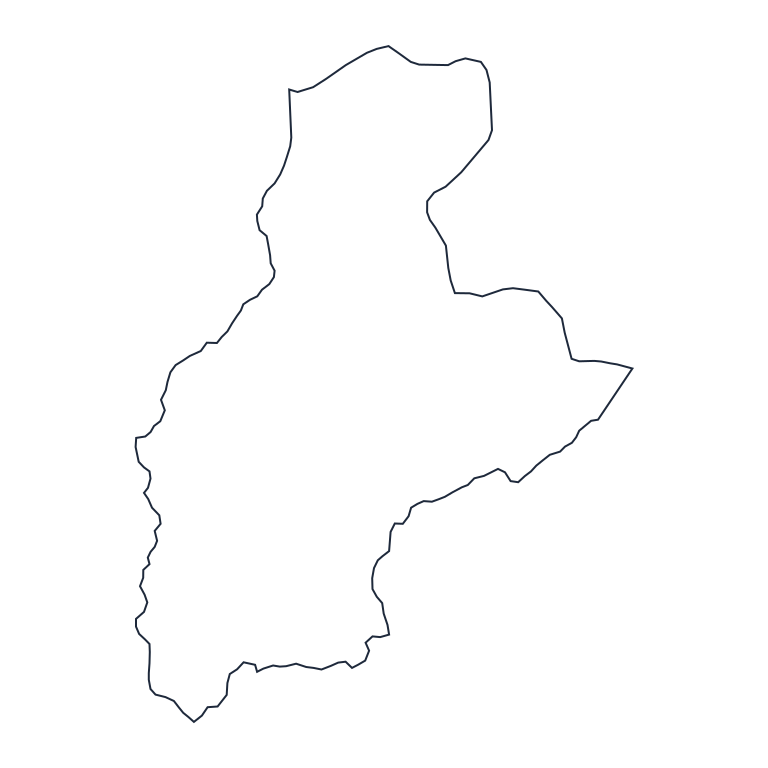 outline of Moreilândia, Pernambuco, Brazil
{"feature_id": "56859067B7731358809520", "entity_name": "Moreilândia", "entity_type": "district", "adm_level": 2, "iso_a3": "BRA", "parent_name": "Brazil", "parent_adm1": "Pernambuco", "projection": "mercator", "projection_center": [-39.529, -7.615], "detail": "fine", "context": "isolated", "style": "outline", "palette": "slate", "viewbox_px": 768, "rotation_deg": 0, "n_neighbors": 0, "source": "geoboundaries", "source_scale": "gbopen_adm2", "svg_char_len": 2570}
<svg xmlns="http://www.w3.org/2000/svg" viewBox="0 0 768 768"><path d="M513.0,288.2L502.9,289.4L482.3,296.4L469.6,293.3L454.9,293.1L450.7,280.5L448.3,268.0L445.9,245.6L435.4,227.7L429.9,219.9L427.1,212.3L427.2,201.3L434.1,192.6L445.6,186.7L461.2,172.3L488.5,140.0L492.0,130.2L489.7,82.5L486.5,70.0L480.9,61.9L465.4,58.4L455.6,61.2L448.0,65.1L419.2,64.6L410.8,61.9L397.7,52.5L388.5,46.1L376.7,48.9L366.9,52.8L345.8,65.1L325.9,79.0L313.1,87.2L297.5,92.0L289.2,89.5L291.3,137.6L290.2,146.3L286.8,157.2L284.0,165.7L280.2,174.4L274.6,183.4L266.9,190.8L262.8,198.5L262.2,206.3L256.9,214.6L257.3,221.0L259.6,230.2L266.6,236.0L268.2,244.5L270.1,255.3L270.7,263.3L274.6,270.7L273.9,277.1L269.3,284.1L262.0,289.7L257.3,296.3L250.0,299.8L243.3,304.3L240.9,310.5L237.0,315.9L232.1,323.3L227.4,331.4L221.7,337.0L216.9,343.0L206.8,342.7L200.8,351.0L189.9,355.9L183.2,360.4L175.6,365.1L170.4,372.3L167.5,381.9L165.8,390.2L161.0,399.8L164.8,410.3L160.3,421.2L154.0,426.0L150.6,432.0L145.3,436.5L136.2,437.9L135.6,447.0L137.3,455.1L138.7,461.8L144.0,467.4L149.5,471.4L150.5,478.6L148.0,487.8L144.0,492.9L148.2,499.0L152.0,507.7L159.3,515.3L160.6,523.8L154.7,530.9L157.1,540.8L154.7,546.9L150.6,551.8L147.8,557.6L149.5,564.1L143.3,569.9L143.2,577.8L140.0,586.2L144.6,594.7L147.3,602.4L144.0,611.9L136.0,618.9L136.0,626.6L139.1,633.9L144.9,639.3L149.5,644.0L149.8,652.1L149.5,663.3L148.8,673.1L148.8,679.8L150.5,689.0L155.5,694.6L165.5,697.1L173.9,701.0L179.0,707.6L183.2,712.8L188.4,717.0L193.9,721.9L201.9,715.6L207.6,707.2L217.6,706.5L226.7,694.9L227.4,683.0L229.8,674.0L237.1,669.3L243.6,662.3L255.1,664.8L257.1,671.8L263.4,668.6L273.1,665.5L279.8,666.6L286.1,666.2L296.1,663.7L306.2,667.0L313.5,667.9L321.5,669.5L330.8,665.9L338.2,662.6L345.6,661.7L352.0,667.9L358.0,664.8L365.2,660.6L369.1,650.7L365.6,642.7L372.5,636.4L380.2,637.1L389.1,634.6L387.5,624.9L383.7,613.6L382.2,603.1L376.8,596.8L372.5,589.1L372.2,578.2L374.0,568.1L377.8,560.3L382.6,556.1L389.1,551.1L390.0,539.7L390.6,531.9L394.8,523.5L402.8,523.8L408.6,516.2L411.1,507.7L417.4,503.9L423.7,501.1L431.9,501.7L438.8,499.2L444.9,496.8L452.5,492.3L461.8,487.3L467.8,485.0L474.3,478.3L484.0,475.9L492.0,471.9L498.0,468.9L505.0,472.3L510.6,481.1L518.2,482.2L524.8,476.1L531.0,471.4L536.3,465.6L543.2,460.0L549.8,454.8L560.1,451.6L565.0,446.6L571.9,442.8L576.2,437.2L579.2,430.7L591.1,420.8L598.0,419.7L632.4,368.5L617.1,364.4L610.2,363.3L601.2,361.5L594.3,360.9L579.2,361.3L571.6,358.8L564.7,332.7L561.9,318.4L551.9,306.9L546.3,300.9L538.3,291.5L524.8,289.7L513.0,288.2Z" fill="none" stroke="#1e293b" stroke-width="2"/></svg>